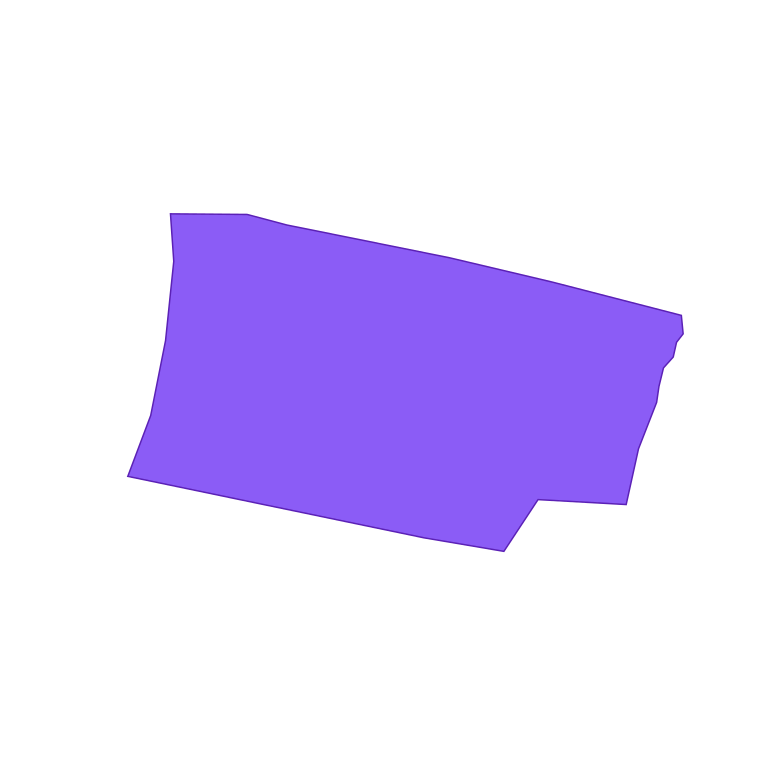 the district of Asau, Tuvalu, rotated 210°
{"feature_id": "33948139B37363318127022", "entity_name": "Asau", "entity_type": "district", "adm_level": 2, "iso_a3": "TUV", "parent_name": "Tuvalu", "parent_adm1": "", "projection": "orthographic", "projection_center": [178.68, -7.49], "detail": "fine", "context": "isolated", "style": "filled", "palette": "violet", "viewbox_px": 768, "rotation_deg": 210, "n_neighbors": 0, "source": "geoboundaries", "source_scale": "gbopen_adm2", "svg_char_len": 435}
<svg xmlns="http://www.w3.org/2000/svg" viewBox="0 0 768 768"><g transform="rotate(210 384 384)"><path d="M559.7,175.9L272.4,270.8L196.5,299.0L192.8,360.9L114.0,400.7L131.2,455.2L138.7,504.4L144.7,519.5L150.0,537.7L147.0,552.0L151.5,566.4L150.0,577.0L160.8,592.1L288.9,556.5L390.0,526.2L547.7,473.1L587.3,462.4L654.0,424.6L627.4,385.1L594.9,312.4L570.3,240.1L559.7,175.9Z" fill="#8b5cf6" stroke="#5b21b6" stroke-width="1.5"/></g></svg>